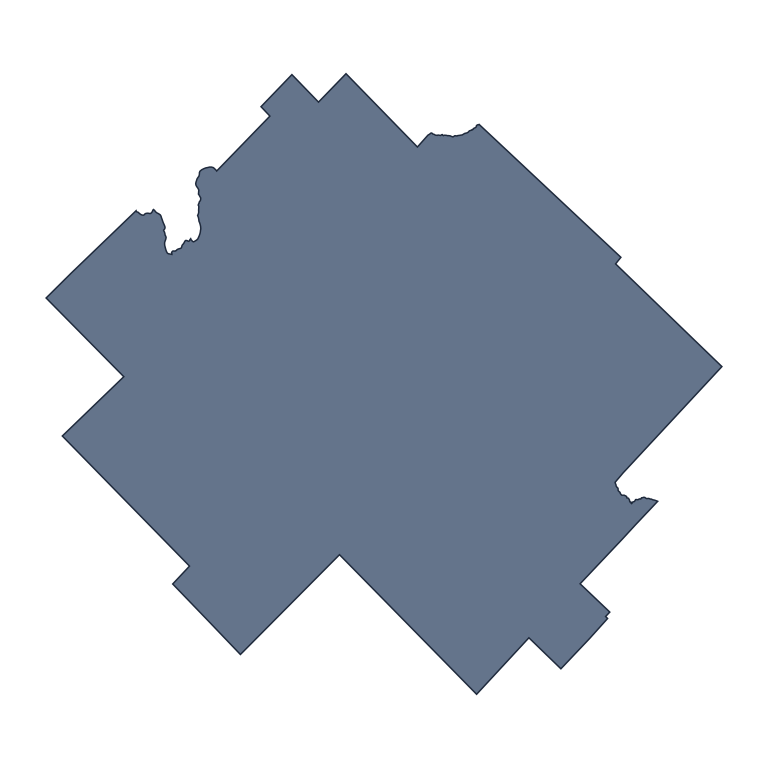 outline of Junín, Buenos Aires, Argentina
{"feature_id": "61730980B70981491758335", "entity_name": "Junín", "entity_type": "district", "adm_level": 2, "iso_a3": "ARG", "parent_name": "Argentina", "parent_adm1": "Buenos Aires", "projection": "natural_earth1", "projection_center": [-61.022, -34.547], "detail": "fine", "context": "isolated", "style": "filled", "palette": "slate", "viewbox_px": 768, "rotation_deg": 0, "n_neighbors": 0, "source": "geoboundaries", "source_scale": "gbopen_adm2", "svg_char_len": 4326}
<svg xmlns="http://www.w3.org/2000/svg" viewBox="0 0 768 768"><path d="M346.0,73.7L318.5,102.1L291.9,74.6L261.0,106.7L269.9,116.1L216.7,171.0L216.3,170.4L215.7,169.8L214.3,168.4L213.3,167.6L211.6,167.1L209.4,167.1L207.9,167.5L205.8,167.9L204.0,168.6L201.8,169.7L200.8,170.5L199.9,171.3L199.4,172.7L199.4,174.1L199.2,175.2L198.8,176.4L198.0,177.4L197.0,179.0L196.5,180.7L196.0,182.1L195.7,183.8L196.1,185.5L197.0,187.0L197.9,188.2L198.6,189.6L198.8,190.7L198.6,191.9L198.6,193.1L198.4,194.0L199.2,195.2L200.1,196.9L200.7,197.9L200.7,198.5L200.6,199.8L200.3,200.7L199.5,201.5L199.1,202.6L199.0,203.3L198.5,204.1L198.2,205.1L198.7,206.0L198.8,207.0L198.7,208.6L198.6,210.3L198.7,212.3L198.2,214.3L197.6,215.4L198.4,217.5L198.7,219.0L199.0,221.3L199.7,222.9L200.2,224.6L200.6,226.4L200.8,228.9L200.5,230.4L200.3,232.1L200.0,233.5L199.5,235.0L199.1,236.1L198.3,237.8L197.9,238.8L197.0,239.7L196.3,240.3L195.4,240.8L194.5,241.4L193.6,241.8L192.7,241.5L192.1,240.9L191.7,240.3L191.1,239.9L190.9,239.2L190.7,238.7L190.2,239.3L189.8,239.9L189.5,240.6L188.8,241.3L188.0,241.1L187.0,240.6L185.9,240.4L185.1,240.9L184.5,241.9L184.0,242.9L183.3,243.9L182.1,245.3L181.8,246.5L181.4,247.8L180.5,248.4L179.3,248.7L178.0,249.1L177.1,249.6L176.1,250.6L175.0,251.1L173.9,251.0L172.9,251.0L172.2,251.6L171.6,252.4L171.8,253.3L171.9,254.4L171.1,254.3L170.1,254.0L169.0,253.9L167.9,253.5L167.2,252.9L166.6,251.7L166.1,250.5L165.7,249.2L165.3,247.7L164.7,245.3L164.6,243.6L164.7,242.2L165.3,240.5L165.8,239.1L166.1,237.5L165.8,236.3L165.1,235.1L164.9,233.6L164.5,232.1L164.0,231.3L163.6,230.2L164.1,229.6L164.7,228.9L165.0,227.9L165.0,227.1L164.8,226.3L164.1,224.6L163.2,222.6L162.6,220.9L162.1,219.4L161.5,217.8L161.0,216.1L160.3,214.9L158.6,213.7L157.1,213.0L155.8,212.0L155.3,211.5L154.7,210.5L153.5,209.5L152.8,210.2L152.5,211.3L152.1,211.9L151.4,212.9L150.1,213.6L148.7,213.3L147.5,213.2L145.9,213.4L144.8,214.0L144.1,214.8L143.6,215.2L142.9,215.2L142.1,215.0L141.2,214.7L140.3,214.1L139.3,213.4L138.5,212.5L137.9,212.2L136.7,211.8L136.3,211.4L136.1,210.7L71.2,273.1L46.1,298.0L123.8,376.7L62.3,436.0L189.5,566.1L172.7,584.0L207.7,620.3L240.4,654.5L339.5,554.7L476.6,694.3L528.9,637.8L560.9,668.8L589.8,638.3L607.6,618.5L605.6,616.5L609.8,612.1L580.1,583.8L623.1,538.3L635.7,524.6L657.7,501.3L657.0,501.0L656.1,500.7L655.1,500.3L654.0,500.0L652.8,499.8L651.4,499.1L650.4,499.1L649.3,498.6L648.4,498.4L647.7,498.5L646.7,498.6L645.6,498.1L644.8,497.4L643.6,497.3L642.2,497.8L641.5,497.8L641.1,498.6L640.7,499.0L639.9,498.9L639.1,499.0L638.5,499.5L637.4,499.7L636.1,499.5L635.6,499.6L635.1,500.5L634.5,501.4L633.8,501.7L632.8,502.0L632.3,502.2L632.3,502.8L631.6,503.6L631.2,503.3L630.9,502.8L630.7,502.0L629.8,501.8L629.6,500.9L629.5,500.1L629.0,499.2L628.5,498.3L627.7,498.0L626.9,497.9L626.7,497.2L626.6,496.5L625.8,496.0L625.0,495.6L624.2,495.2L623.4,495.2L622.6,495.2L622.0,495.3L621.5,495.0L621.1,494.5L620.8,494.1L620.3,493.5L620.2,492.8L619.7,492.0L619.1,491.7L618.7,491.1L618.2,490.7L618.1,490.1L618.1,489.8L618.1,489.0L618.0,488.2L617.3,487.6L616.8,487.2L616.7,486.7L616.2,486.2L616.1,485.6L616.0,484.9L615.8,484.3L615.5,483.7L615.3,483.2L615.3,482.8L615.1,482.3L623.2,472.8L721.9,366.6L694.0,339.7L615.6,263.9L620.9,257.3L479.1,124.4L478.8,124.6L478.5,124.8L478.0,124.8L477.6,124.8L477.2,125.1L476.8,125.3L476.5,125.5L476.5,126.0L476.2,126.8L475.7,127.4L475.0,127.8L474.6,128.0L474.2,128.2L473.5,128.5L473.4,129.0L473.1,129.1L472.9,129.3L472.6,129.7L472.2,129.6L471.8,129.8L471.6,130.2L471.1,130.3L470.6,130.4L469.9,130.7L469.5,130.8L469.0,131.2L468.6,131.8L468.0,132.3L467.3,132.7L466.7,133.0L465.9,133.1L465.2,133.4L464.7,133.4L463.9,133.9L463.4,134.2L462.6,134.7L461.9,135.0L460.9,135.1L460.0,135.3L459.2,135.4L458.4,135.5L457.7,135.6L457.2,135.9L456.0,135.9L455.2,135.7L454.4,135.9L454.0,136.3L453.4,136.7L452.9,136.9L452.3,136.7L451.1,136.3L450.6,136.0L450.0,135.8L449.1,135.7L448.3,135.6L447.5,135.7L446.8,135.4L445.9,135.3L444.7,135.2L444.0,135.3L443.4,135.6L442.7,135.2L442.4,134.6L442.0,134.6L441.4,134.9L440.5,135.5L439.6,135.3L438.6,135.1L437.8,135.1L437.3,135.4L436.7,135.3L436.0,135.2L435.4,135.2L434.9,134.8L434.0,134.3L433.4,134.2L432.7,133.9L432.4,133.5L431.8,133.1L431.1,133.0L430.5,133.4L429.8,134.0L429.1,134.5L428.3,134.9L427.9,135.2L417.4,147.0L346.0,73.7Z" fill="#64748b" stroke="#1e293b" stroke-width="1.5"/></svg>